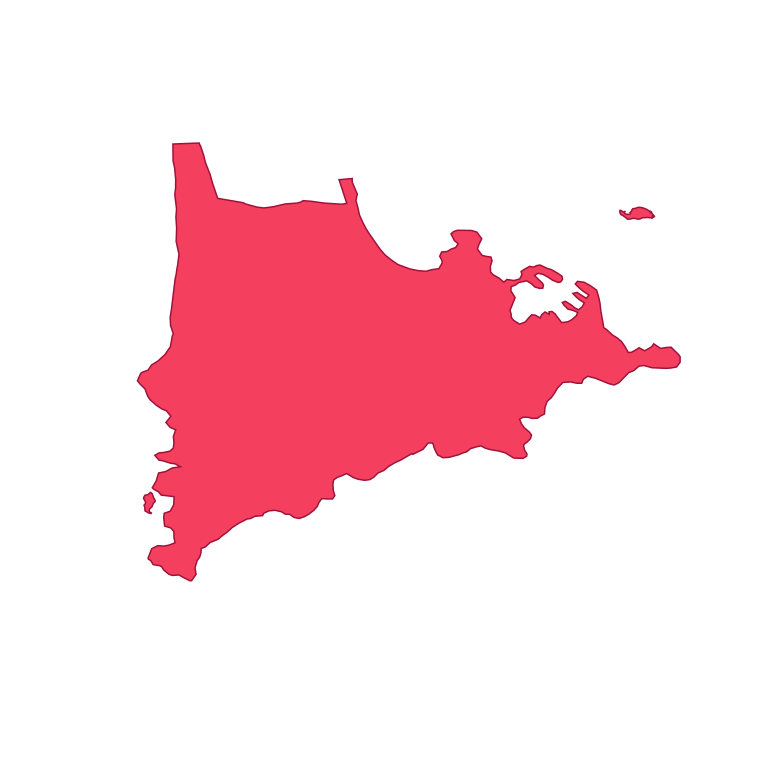 the district of Dakar, Dakar, Senegal, rotated 288°
{"feature_id": "50182788B18539004609148", "entity_name": "Dakar", "entity_type": "district", "adm_level": 2, "iso_a3": "SEN", "parent_name": "Senegal", "parent_adm1": "Dakar", "projection": "robinson", "projection_center": [-17.439, 14.712], "detail": "fine", "context": "isolated", "style": "filled", "palette": "rose", "viewbox_px": 768, "rotation_deg": 288, "n_neighbors": 0, "source": "geoboundaries", "source_scale": "gbopen_adm2", "svg_char_len": 6125}
<svg xmlns="http://www.w3.org/2000/svg" viewBox="0 0 768 768"><g transform="rotate(288 384 384)"><path d="M529.4,245.8L524.7,234.4L518.6,224.3L517.2,221.5L514.3,215.3L513.0,208.6L512.4,196.6L512.9,193.9L509.2,168.8L509.3,168.4L522.2,158.7L529.1,154.2L539.5,145.7L545.7,141.9L554.2,135.6L554.0,135.1L556.1,133.8L547.0,109.1L530.9,114.5L525.2,117.9L514.4,122.6L506.1,125.2L499.5,126.5L486.4,132.6L478.5,134.5L468.2,138.6L455.3,142.3L444.1,148.9L433.3,151.0L429.3,151.5L423.8,152.5L419.8,152.8L390.2,158.6L381.2,160.1L373.7,162.9L366.6,168.1L364.4,167.8L353.4,169.3L344.3,166.6L335.7,161.7L330.4,157.1L324.3,155.3L320.0,149.9L317.7,149.2L310.9,148.5L308.4,152.3L305.5,158.2L299.5,162.9L296.7,166.5L293.4,174.1L291.6,180.7L291.3,185.2L287.5,191.3L280.0,188.5L276.6,194.2L276.1,200.0L269.0,199.9L263.1,202.4L257.9,203.4L254.0,201.1L251.0,196.0L249.0,191.4L245.3,188.1L242.1,193.6L242.6,197.1L242.7,205.1L243.5,210.1L242.4,215.9L238.6,208.4L233.3,203.5L229.7,197.1L221.4,197.3L213.7,195.7L212.7,197.9L211.7,202.9L209.5,206.4L212.0,219.2L204.0,221.3L197.0,220.0L193.1,214.9L189.1,215.7L181.1,219.2L181.2,225.8L178.8,229.7L173.1,231.7L168.4,234.3L164.5,229.5L162.0,225.2L160.2,218.6L155.6,214.0L145.7,213.4L144.6,214.0L144.0,216.7L140.9,220.3L141.9,227.2L141.4,229.2L139.0,232.0L136.6,238.2L136.5,241.7L139.0,248.0L137.9,253.3L136.9,260.3L137.5,261.8L144.9,264.1L150.9,261.0L158.4,260.9L162.4,262.2L166.6,262.1L171.1,261.0L173.9,264.5L179.4,267.5L185.3,274.4L190.0,277.2L194.6,280.6L200.6,284.0L206.9,289.1L213.4,295.6L214.7,298.5L218.3,302.1L221.3,309.2L224.1,309.7L227.8,313.8L230.2,319.3L230.8,326.1L229.7,330.2L230.9,334.8L229.3,339.5L229.9,344.9L233.2,349.3L237.0,352.8L242.2,356.3L247.0,358.4L251.1,358.7L255.7,360.2L257.0,365.0L258.8,370.6L262.7,371.7L267.0,368.7L273.2,366.3L277.2,365.8L280.6,368.3L284.4,373.0L287.3,376.1L285.5,383.9L285.4,388.7L286.4,395.3L288.7,400.1L292.4,403.2L297.5,405.8L301.8,410.6L307.2,414.0L312.3,418.5L316.9,423.5L322.9,428.8L326.3,432.1L326.6,432.9L326.1,433.2L333.9,441.3L341.5,444.2L342.9,448.4L341.4,449.8L339.3,451.0L335.5,454.4L332.9,457.2L332.8,459.1L332.1,462.8L334.3,468.4L340.0,477.2L342.5,479.9L345.2,483.7L349.2,486.2L352.8,491.3L355.1,495.4L354.3,500.0L354.4,504.9L355.7,514.0L356.0,520.7L353.7,530.1L355.0,535.1L356.3,539.2L359.4,542.0L361.7,541.6L364.4,538.3L368.1,536.0L369.8,535.8L373.1,538.1L377.2,540.2L381.0,540.1L383.1,537.3L385.9,530.7L388.2,527.5L392.4,523.8L395.5,526.7L396.9,531.5L397.0,535.5L399.0,540.7L401.6,542.4L405.1,545.9L411.2,544.4L417.8,544.5L422.6,547.3L427.8,548.9L433.8,550.3L440.7,553.6L443.6,560.7L444.3,567.1L445.8,571.8L450.0,572.1L454.3,575.3L454.8,583.3L453.8,598.0L454.2,603.2L457.2,606.4L458.2,607.2L470.4,613.2L473.9,617.4L479.8,621.0L481.9,625.6L482.3,633.9L486.0,647.3L487.8,651.8L490.6,657.0L496.1,658.9L501.5,657.2L503.1,654.9L507.7,645.7L506.0,641.3L503.3,636.0L505.6,628.1L502.0,627.0L496.1,621.6L497.3,615.4L493.4,612.2L490.5,609.3L489.5,606.6L494.3,601.3L497.9,596.6L499.9,591.5L501.2,586.1L504.6,578.8L505.4,575.7L520.4,567.7L527.7,564.4L532.2,561.8L538.9,557.3L541.4,549.5L542.6,542.8L541.4,536.3L538.2,535.0L535.5,540.5L533.7,545.0L531.9,551.4L528.0,549.9L529.5,543.9L530.8,539.4L528.5,535.6L526.0,540.2L524.6,543.6L523.0,549.4L518.8,548.7L514.7,546.1L515.4,541.6L517.0,537.9L518.7,530.9L516.7,528.4L514.7,530.7L512.1,535.8L512.4,541.1L511.9,546.1L508.3,545.8L503.3,542.8L500.0,539.7L497.3,533.9L503.6,524.9L504.9,521.4L503.7,518.7L501.3,519.6L502.3,514.9L498.6,512.6L495.1,512.1L496.2,506.5L495.5,503.1L492.3,501.5L486.7,499.2L482.8,494.5L484.6,487.6L486.6,484.5L489.8,483.3L493.0,481.1L506.7,482.0L511.8,475.9L515.8,474.9L519.0,478.7L522.3,480.9L524.5,485.0L526.2,487.7L524.9,493.3L522.9,497.4L523.0,502.5L524.2,505.4L527.4,505.1L528.9,503.4L532.8,495.3L533.8,493.6L536.8,496.2L537.4,501.2L536.3,507.1L534.8,512.2L534.4,518.2L535.6,520.4L538.7,521.5L541.5,520.0L543.0,515.1L544.5,507.9L544.4,503.4L545.4,495.7L543.9,492.8L541.3,489.9L540.9,486.2L537.5,483.0L533.4,479.6L530.5,481.4L525.8,480.5L522.6,475.7L521.4,468.6L517.9,466.5L520.3,460.6L521.7,453.8L523.4,450.8L528.8,448.8L534.5,448.7L537.8,446.5L536.9,441.5L536.7,437.4L541.3,431.1L546.1,431.2L552.3,432.1L557.2,425.4L557.0,419.6L552.9,406.3L550.4,403.0L547.5,401.3L542.1,406.7L540.3,411.2L535.9,409.9L533.1,406.2L529.6,403.2L527.4,398.0L522.7,397.5L519.6,400.7L517.3,401.9L510.7,400.6L507.4,393.9L504.2,389.1L502.4,381.6L501.4,372.9L501.9,360.3L504.4,352.1L507.1,345.0L511.2,338.3L522.3,323.6L526.0,319.1L531.2,313.8L537.2,308.4L544.1,304.4L549.8,300.6L556.4,299.9L562.0,295.0L566.2,291.4L569.6,290.3L564.4,278.1L564.2,278.3L544.4,292.7L543.3,291.0L541.9,288.1L540.0,280.8L537.5,270.8L535.3,258.4L533.4,250.5L531.5,248.8L529.4,245.8ZM622.2,554.9L621.0,554.8L619.9,555.5L619.6,555.9L619.2,556.0L618.4,556.8L618.2,557.3L618.2,558.1L618.1,558.8L617.5,560.9L616.0,564.8L616.8,566.9L618.5,569.7L619.0,571.4L619.1,573.3L619.4,574.9L619.8,576.0L620.2,576.6L621.1,577.5L621.2,577.8L621.9,578.4L622.4,579.3L622.6,580.4L623.7,582.7L624.3,585.7L624.5,586.1L624.6,587.7L624.8,587.9L625.3,587.9L625.8,588.7L626.1,588.8L626.5,589.2L626.7,587.4L626.9,587.4L627.2,588.7L627.6,588.7L627.7,587.5L628.4,587.4L628.6,586.8L629.2,586.1L629.4,585.5L629.9,585.4L629.6,584.7L629.9,584.7L630.1,584.3L630.0,584.9L630.3,585.0L630.4,584.5L630.2,583.9L630.5,584.0L630.6,583.9L630.3,583.0L630.7,582.4L631.1,580.2L631.3,580.0L631.2,579.6L631.5,577.4L631.5,577.0L631.3,576.7L631.5,575.2L630.9,572.1L630.7,571.4L628.7,568.7L627.6,566.5L626.3,566.0L624.8,566.0L623.2,565.0L623.0,565.5L622.2,565.7L621.6,565.4L621.1,564.8L621.1,564.4L620.6,563.3L620.3,561.7L620.9,560.0L621.2,559.5L622.5,559.9L622.5,559.7L621.7,559.0L621.6,558.8L621.7,557.8L622.3,555.4L622.2,554.9ZM206.0,193.8L204.3,191.0L202.0,190.5L200.6,190.8L199.8,192.0L198.5,193.2L197.5,193.9L196.1,193.9L194.6,193.2L192.7,194.7L191.1,195.2L189.5,195.9L188.6,200.1L188.8,202.5L189.5,202.6L189.7,202.0L189.7,200.9L191.3,199.7L192.9,199.7L195.5,201.3L197.0,201.3L199.4,201.5L200.7,202.4L202.3,202.6L204.9,199.9L207.0,198.1L207.9,197.7L208.4,196.7L208.7,195.8L208.6,195.1L207.4,194.7L206.0,193.8Z" fill="#f43f5e" stroke="#9f1239" stroke-width="1.5"/></g></svg>